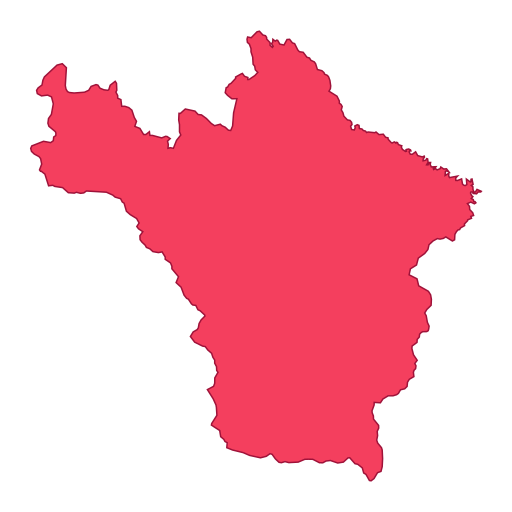 Tosing, Quthing, Lesotho
{"feature_id": "5366337B57402845150405", "entity_name": "Tosing", "entity_type": "district", "adm_level": 2, "iso_a3": "LSO", "parent_name": "Lesotho", "parent_adm1": "Quthing", "projection": "albers", "projection_center": [28.037, -30.451], "detail": "fine", "context": "isolated", "style": "filled", "palette": "rose", "viewbox_px": 512, "rotation_deg": 0, "n_neighbors": 0, "source": "geoboundaries", "source_scale": "gbopen_adm2", "svg_char_len": 5961}
<svg xmlns="http://www.w3.org/2000/svg" viewBox="0 0 512 512"><path d="M226.8,447.7L232.5,450.0L243.1,452.6L249.6,455.4L260.5,457.8L266.3,456.3L270.0,453.7L272.1,454.3L275.4,458.9L279.0,462.3L281.4,462.7L285.0,461.6L288.8,462.6L298.2,462.1L304.8,459.3L308.4,459.2L312.8,459.3L319.4,462.7L322.8,462.8L326.1,461.0L330.4,460.5L337.7,463.0L343.4,462.1L348.0,457.9L349.7,457.7L355.0,463.7L357.8,464.3L362.3,467.9L363.7,473.0L366.0,474.4L369.4,480.5L371.1,480.8L374.0,478.6L377.5,472.7L381.0,471.4L382.2,466.7L382.6,458.7L382.2,450.0L381.5,447.7L377.7,443.1L376.7,440.1L377.6,435.6L377.2,431.4L378.7,428.1L378.6,425.4L373.5,419.1L373.4,415.9L372.2,412.9L372.0,410.8L374.1,405.0L374.2,402.4L380.4,402.8L382.9,399.0L388.2,395.8L393.0,395.8L396.6,394.7L398.4,393.4L400.5,389.8L404.7,388.8L407.1,386.4L407.5,382.2L409.3,379.3L413.9,376.6L413.4,372.4L414.0,370.3L415.6,368.7L416.0,365.8L414.8,363.5L417.2,360.3L413.5,354.8L411.9,348.5L412.1,346.0L417.0,342.4L417.2,339.4L419.3,337.0L419.6,334.2L421.0,332.7L422.6,331.7L426.7,331.6L428.2,330.7L428.7,329.0L429.1,326.1L427.4,322.4L426.2,315.7L424.7,313.0L426.8,309.5L431.1,305.3L431.4,299.3L430.6,294.8L428.4,291.3L418.7,285.8L417.0,278.8L409.1,274.8L410.4,268.8L416.5,265.0L418.3,258.1L424.7,253.5L427.9,249.5L429.0,244.7L433.1,240.9L437.3,238.6L440.0,239.1L443.4,238.4L445.8,236.9L452.4,241.0L454.6,239.8L454.9,234.4L456.4,231.7L458.0,229.9L459.6,229.6L460.6,227.9L464.6,225.6L464.4,224.0L467.6,220.7L467.7,219.8L471.5,218.3L470.8,216.4L473.6,215.5L472.7,212.7L469.7,209.5L469.5,206.4L467.4,203.6L470.8,202.1L474.4,203.8L475.9,202.8L475.0,201.6L473.7,201.4L473.3,199.6L471.3,198.6L472.9,196.6L471.6,195.6L470.5,193.0L470.9,192.0L472.6,192.0L473.1,193.5L476.6,193.8L478.1,192.0L480.7,192.0L481.3,191.3L477.0,189.4L475.5,191.8L474.1,192.2L473.0,189.6L472.9,186.8L471.3,185.4L473.1,184.4L472.0,179.0L471.0,179.3L470.9,181.8L470.3,182.0L466.4,179.1L466.8,184.6L465.1,185.6L463.6,185.1L462.5,184.0L461.6,178.9L457.5,180.5L455.8,180.4L455.7,178.0L457.5,176.1L449.5,177.6L448.7,175.9L448.9,173.2L445.1,175.5L445.4,171.4L446.4,170.9L448.8,171.8L446.5,168.8L443.7,169.0L440.8,167.0L440.1,168.7L437.1,169.9L435.5,168.6L433.6,169.5L433.3,168.3L435.3,167.7L436.0,166.7L431.3,166.9L430.2,164.4L430.6,162.5L429.4,162.5L428.0,164.9L426.6,164.8L428.1,162.3L427.6,158.9L426.7,158.6L425.8,160.2L423.1,160.8L423.2,158.9L424.5,157.1L424.2,156.1L422.3,156.9L417.7,155.6L415.6,151.8L412.3,154.3L410.3,154.2L409.1,151.9L409.5,151.0L410.9,150.9L410.5,149.9L408.7,149.0L406.3,149.5L405.9,149.9L406.4,151.3L405.5,151.5L402.4,149.4L401.3,147.0L401.8,145.8L398.4,144.6L397.5,142.6L396.3,142.3L395.9,143.1L394.3,141.9L392.2,143.0L391.3,142.7L388.2,139.3L388.0,137.8L385.6,137.3L383.3,134.2L379.0,134.6L376.0,132.0L374.8,132.7L368.1,132.0L366.6,132.5L365.5,131.1L363.3,130.5L362.0,129.0L359.4,128.5L359.0,125.4L357.3,124.7L354.8,126.0L355.2,127.8L354.3,130.0L351.6,129.5L350.6,126.2L352.0,124.6L351.6,122.3L350.0,120.4L347.4,119.9L343.9,116.2L342.9,112.6L341.3,109.9L342.2,106.5L341.0,104.4L339.3,103.2L339.4,101.1L337.0,96.2L329.0,91.2L330.4,88.7L330.7,85.9L329.9,80.4L328.6,76.9L327.4,75.4L324.5,74.1L324.0,72.6L321.9,70.7L317.4,69.5L315.6,63.7L314.3,61.9L310.9,60.3L309.5,58.0L306.9,57.2L303.2,52.3L299.4,51.7L297.8,50.0L294.6,43.6L292.4,42.9L289.6,39.3L287.0,39.5L284.0,45.0L279.8,44.1L277.7,40.4L276.8,40.1L275.2,41.1L272.9,39.3L272.7,42.2L271.5,43.7L273.2,46.3L272.4,47.4L270.1,45.4L270.0,42.6L266.7,39.1L266.6,37.4L265.5,35.7L262.9,35.0L259.4,31.2L257.0,31.8L251.2,37.7L247.6,37.0L247.0,39.2L247.4,42.4L249.4,44.2L251.0,48.6L251.0,51.8L252.7,57.2L253.1,64.2L254.7,66.2L255.3,69.8L257.8,72.4L254.8,75.6L249.0,79.5L247.7,79.5L247.9,77.5L244.5,76.3L242.4,73.4L241.0,74.0L235.6,77.0L235.7,78.3L231.1,83.3L229.1,84.4L227.6,87.1L226.2,87.6L225.2,92.7L227.5,95.3L231.9,98.8L236.9,98.7L233.6,112.8L232.6,126.0L230.7,130.5L228.4,130.2L225.2,127.2L221.9,125.7L220.3,124.2L214.6,125.7L211.2,123.4L206.4,118.5L201.5,114.9L198.1,114.5L195.0,111.1L185.3,109.0L180.4,113.4L179.0,113.3L178.7,119.9L179.5,124.7L179.5,131.9L180.8,135.0L176.5,140.4L173.4,148.3L170.3,147.7L168.0,148.3L168.3,144.4L167.5,141.1L170.2,138.6L167.1,136.5L165.6,136.3L161.7,137.9L152.4,135.4L149.9,135.4L149.4,131.7L145.9,134.5L143.6,134.5L139.9,128.4L134.8,126.4L136.5,121.3L134.3,117.5L131.9,110.2L128.8,107.6L124.9,106.3L121.7,106.3L120.9,99.6L117.7,98.2L117.7,95.6L115.9,92.1L116.8,90.3L116.5,83.3L115.2,81.3L110.2,85.2L108.8,89.6L107.8,90.3L103.9,89.8L100.0,88.2L97.9,85.1L96.0,84.6L91.1,86.4L88.7,90.3L84.5,92.2L74.1,93.0L69.3,92.5L67.5,91.6L66.0,89.1L65.3,85.5L66.4,67.7L62.3,63.7L57.0,65.1L44.4,76.9L42.9,80.2L42.0,85.0L38.1,87.9L36.6,90.3L37.3,93.6L41.5,95.9L47.6,95.1L51.5,96.9L53.3,103.8L51.4,114.4L48.5,118.5L47.9,123.2L48.9,126.3L55.4,131.7L55.9,133.2L55.8,135.6L53.7,137.0L53.3,140.7L50.7,142.6L43.5,141.3L31.8,145.9L30.7,148.4L31.5,151.4L34.2,154.0L39.0,156.6L40.6,158.6L41.7,164.1L39.5,169.9L40.5,171.3L41.2,171.2L44.9,174.1L48.6,185.8L52.8,185.3L54.7,186.4L62.6,187.6L68.3,192.7L74.3,193.1L76.4,192.3L80.5,193.3L83.8,192.9L86.4,191.0L106.4,192.2L112.8,195.1L115.1,197.1L120.6,198.7L122.3,202.0L124.1,203.2L126.4,211.2L130.2,214.6L136.6,218.5L139.1,223.0L136.8,226.5L138.5,228.8L142.8,231.7L139.9,235.8L140.1,239.7L142.0,242.2L145.2,245.2L146.4,247.4L149.8,248.8L152.9,251.6L158.4,252.6L162.1,251.9L165.2,257.0L165.2,259.3L170.5,262.9L171.9,266.3L171.9,268.8L178.5,276.7L176.1,282.6L181.1,287.2L184.1,295.2L186.6,298.3L188.4,299.2L191.4,303.8L192.8,305.0L195.8,305.4L197.9,309.7L200.2,310.8L204.7,315.0L204.9,316.1L201.2,319.8L199.1,323.5L198.3,327.9L197.2,329.6L193.2,331.9L190.4,336.5L194.7,342.2L202.6,346.1L205.3,346.6L207.8,350.0L211.6,353.3L212.9,357.3L214.7,360.1L214.7,363.2L216.5,366.6L216.7,370.5L218.0,372.3L214.8,377.9L214.7,383.3L213.6,386.3L207.4,389.6L213.2,398.8L216.0,405.0L216.4,407.4L216.9,415.3L211.7,423.5L211.4,425.1L219.7,430.5L220.7,436.7L223.8,439.3L225.0,441.5L227.2,442.7L226.8,447.7Z" fill="#f43f5e" stroke="#9f1239" stroke-width="1.5"/></svg>